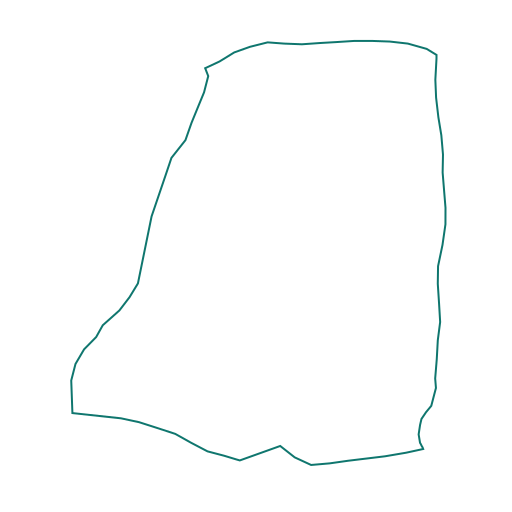 outline of Wadrah, Hajjah, Yemen, rotated 86°
{"feature_id": "15242507B24431012567492", "entity_name": "Wadrah", "entity_type": "district", "adm_level": 2, "iso_a3": "YEM", "parent_name": "Yemen", "parent_adm1": "Hajjah", "projection": "albers", "projection_center": [43.471, 15.714], "detail": "fine", "context": "isolated", "style": "outline", "palette": "teal", "viewbox_px": 512, "rotation_deg": 86, "n_neighbors": 0, "source": "geoboundaries", "source_scale": "gbopen_adm2", "svg_char_len": 1103}
<svg xmlns="http://www.w3.org/2000/svg" viewBox="0 0 512 512"><g transform="rotate(86 256 256)"><path d="M68.0,61.9L61.3,71.3L54.7,89.7L51.4,107.6L49.5,125.6L48.3,143.1L48.2,160.8L48.0,177.2L48.0,195.4L46.1,212.9L43.7,229.5L46.9,247.4L51.4,263.5L59.4,278.8L65.1,293.6L73.2,291.1L89.1,296.4L103.8,303.7L118.6,311.0L135.5,318.3L152.2,333.5L169.0,340.5L209.2,357.4L275.1,375.7L288.5,385.2L288.9,385.6L300.8,396.1L314.4,413.7L325.7,421.1L337.1,434.0L351.1,443.6L367.3,449.0L399.9,450.1L408.5,402.0L413.6,384.3L420.3,367.5L427.8,349.0L437.7,333.9L447.5,318.0L453.0,301.8L457.6,289.7L458.8,286.4L447.2,245.1L459.6,231.4L468.3,215.6L468.0,197.0L466.7,178.7L466.1,167.0L465.8,160.9L464.8,141.2L462.7,120.0L460.2,102.7L458.5,103.2L457.0,104.0L455.2,104.7L453.8,105.4L445.3,106.2L435.9,104.1L430.1,102.3L423.7,97.3L417.7,91.6L400.2,85.7L390.7,85.8L371.7,82.9L352.6,80.5L334.7,76.9L316.5,76.7L296.4,76.6L278.9,75.1L258.0,69.2L237.6,64.8L221.1,63.6L204.3,63.8L185.8,64.0L167.9,62.4L160.7,62.5L148.5,62.7L130.2,64.4L110.6,65.3L92.7,64.8L71.9,62.2L68.0,61.9Z" fill="none" stroke="#0f766e" stroke-width="2"/></g></svg>